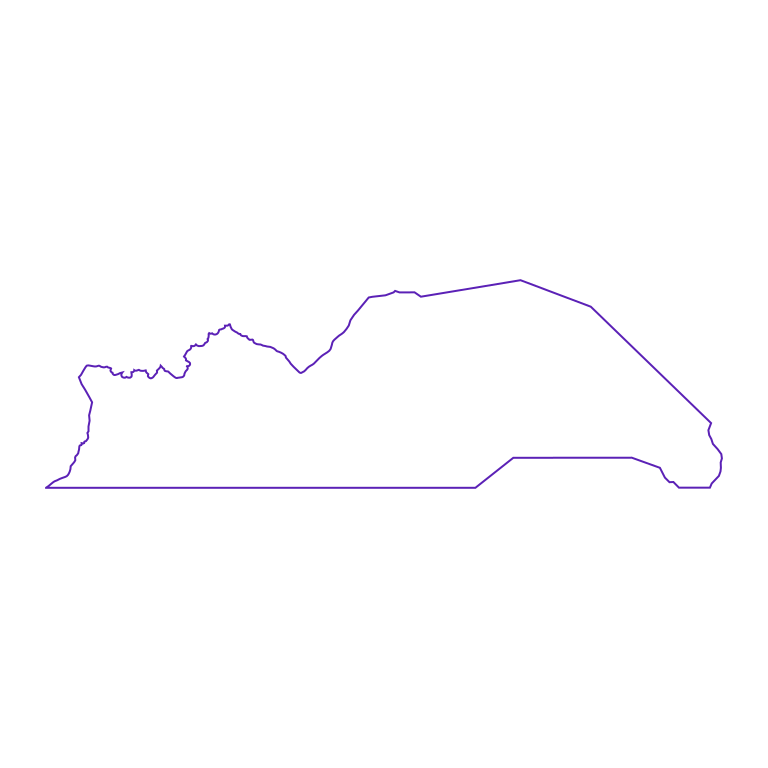 Acurenam, Centro Sur, Equatorial Guinea (Albers equal-area conic projection)
{"feature_id": "11065452B93144755032170", "entity_name": "Acurenam", "entity_type": "district", "adm_level": 2, "iso_a3": "GNQ", "parent_name": "Equatorial Guinea", "parent_adm1": "Centro Sur", "projection": "albers", "projection_center": [10.388, 1.118], "detail": "fine", "context": "isolated", "style": "outline", "palette": "violet", "viewbox_px": 768, "rotation_deg": 0, "n_neighbors": 0, "source": "geoboundaries", "source_scale": "gbopen_adm2", "svg_char_len": 5849}
<svg xmlns="http://www.w3.org/2000/svg" viewBox="0 0 768 768"><path d="M520.5,280.2L420.9,296.7L414.5,292.3L408.3,292.4L399.5,292.4L395.1,290.9L393.6,292.4L385.5,295.3L372.3,296.8L368.7,297.5L357.9,310.6L354.1,314.8L350.4,320.3L348.8,325.5L346.6,328.8L343.9,332.1L343.7,332.2L343.6,332.4L341.7,333.9L339.1,335.6L337.8,336.7L334.3,339.8L333.0,341.3L332.3,342.8L331.9,344.7L330.7,348.7L330.5,349.1L329.4,350.6L329.1,350.9L327.3,352.3L323.2,354.9L321.7,356.0L319.4,358.0L313.9,363.6L312.4,364.7L310.7,365.6L308.8,366.8L307.1,368.3L305.8,369.8L304.1,371.4L303.8,371.5L301.2,372.9L300.8,372.9L300.6,372.9L300.4,372.9L300.2,372.8L300.0,372.7L299.4,372.4L299.2,372.2L293.6,366.8L290.7,363.7L289.3,361.5L286.2,357.9L286.0,357.7L285.8,357.2L285.7,356.2L285.0,355.4L283.2,353.9L281.3,352.8L279.0,351.8L277.3,351.3L276.6,350.9L275.2,349.5L273.6,348.3L270.3,346.9L267.1,346.5L265.2,346.0L262.9,345.6L262.7,345.5L262.6,345.4L260.6,344.5L258.9,344.4L256.8,344.1L256.6,344.0L256.3,343.9L254.4,342.9L254.2,342.7L253.9,342.5L253.8,342.3L253.7,342.1L253.6,341.9L253.0,340.0L252.5,339.6L250.2,339.8L249.7,339.8L249.6,339.7L249.4,339.7L249.2,339.5L249.0,339.4L247.7,338.2L247.2,337.5L246.8,336.3L245.6,336.1L243.2,336.1L242.5,336.0L241.4,335.5L241.2,335.4L240.9,335.1L240.7,335.0L240.6,334.8L240.5,334.6L240.3,334.0L239.2,333.9L238.5,333.7L237.0,332.5L235.3,331.7L232.4,329.8L231.8,329.2L230.6,326.8L229.9,324.4L229.2,324.3L228.5,325.0L228.0,325.4L227.6,325.6L226.9,325.7L225.0,325.7L225.1,326.4L225.0,327.0L224.9,327.2L224.6,327.7L224.1,328.1L223.4,328.5L222.7,328.7L222.3,328.8L221.6,329.2L221.0,329.4L220.0,329.5L219.6,329.7L219.2,329.9L219.1,330.0L219.0,330.6L218.7,331.5L218.4,332.3L218.1,332.8L217.4,333.6L216.8,334.0L215.9,334.4L215.4,334.5L214.4,334.5L213.8,334.4L213.1,334.1L212.7,333.8L212.1,333.3L211.7,333.5L211.1,333.7L210.5,333.7L209.7,333.4L209.2,333.1L208.8,333.7L208.6,334.1L208.7,334.7L208.7,335.7L208.5,337.3L208.4,337.8L207.9,338.6L207.6,339.0L207.8,339.2L208.0,339.8L208.0,340.0L207.9,340.7L207.8,341.0L207.4,341.5L206.9,342.1L206.4,342.4L205.2,342.9L205.1,343.1L204.0,344.7L203.5,345.3L203.0,345.5L202.9,345.6L202.7,345.7L202.0,345.9L201.0,346.0L199.3,346.1L198.8,346.1L198.1,345.9L197.1,345.5L196.5,345.1L196.1,344.5L195.9,344.4L195.5,345.0L194.9,345.6L194.7,345.7L194.6,345.8L194.4,345.9L194.1,346.0L193.8,346.1L192.7,346.1L191.5,345.9L191.2,345.9L191.1,346.0L191.2,347.3L191.0,348.1L190.4,349.1L189.9,349.6L187.5,350.9L187.0,351.5L185.2,354.8L184.2,356.2L184.0,356.6L184.8,357.2L184.9,357.4L185.0,357.5L185.6,358.2L185.9,358.7L186.0,359.3L186.1,360.0L186.0,360.4L188.7,361.9L189.2,362.2L189.8,362.8L190.0,363.2L190.1,364.1L189.9,364.8L189.5,365.4L188.9,365.9L188.2,366.1L187.4,366.2L186.8,366.0L186.3,365.8L187.0,366.3L187.4,366.7L187.5,366.9L187.6,367.5L187.7,368.3L187.7,368.5L187.6,368.9L187.5,369.1L187.4,369.3L187.3,369.5L186.9,370.0L186.2,370.7L185.8,371.1L185.0,372.5L184.4,374.0L184.3,375.0L184.1,375.5L183.7,376.1L183.3,376.5L182.8,376.9L182.0,377.2L178.6,377.7L177.7,377.8L177.2,378.0L176.5,378.0L175.8,377.8L175.6,377.7L175.4,377.6L173.7,376.4L170.1,373.4L168.3,371.6L168.0,371.5L167.4,371.4L166.5,371.3L165.6,371.1L165.0,370.9L164.8,370.8L164.5,370.2L164.3,369.9L164.2,369.3L164.2,369.1L163.7,368.6L162.8,368.1L162.3,367.5L162.1,367.2L161.4,366.4L160.7,365.7L160.6,366.3L160.1,367.3L159.8,367.7L159.2,368.4L158.3,369.3L157.3,370.2L156.9,370.6L157.0,371.4L157.1,372.0L157.0,372.6L156.9,372.8L156.5,373.3L156.2,373.5L154.6,375.3L153.4,376.9L152.9,377.4L151.7,378.1L151.3,378.2L151.1,378.2L150.9,378.3L150.7,378.3L150.0,378.1L149.4,377.8L148.8,377.3L148.3,376.8L147.9,376.1L148.0,375.3L148.3,374.2L147.9,373.8L146.5,372.6L146.1,372.0L145.9,371.2L145.7,370.4L143.9,370.8L142.6,370.9L141.3,370.8L141.1,370.8L140.9,370.8L140.0,370.5L139.8,370.4L139.6,370.3L139.0,369.9L138.6,369.9L137.0,370.5L136.8,370.5L136.6,370.6L135.8,370.7L135.0,370.6L134.6,370.4L134.3,370.2L134.3,370.6L134.2,370.8L133.9,371.3L133.4,371.8L133.2,371.9L133.1,372.0L132.8,372.1L132.6,372.2L131.4,372.2L131.4,372.8L131.6,373.8L131.7,374.5L131.7,375.5L131.6,376.2L131.4,376.7L130.8,377.2L130.2,377.6L129.6,377.7L128.9,377.7L127.8,377.5L127.2,377.3L126.5,376.9L126.2,377.1L125.8,377.3L125.3,377.6L124.5,377.7L123.6,377.6L123.1,377.4L122.4,377.1L121.9,376.6L121.5,375.7L121.3,374.9L121.4,374.4L121.6,373.8L122.0,372.9L122.3,372.5L120.0,373.1L118.1,374.1L115.9,374.8L115.1,375.0L114.3,375.0L113.6,374.7L112.8,373.9L112.6,373.4L112.5,372.7L112.0,372.5L111.8,372.4L111.6,372.3L111.5,372.2L111.3,372.0L110.8,371.4L110.5,370.7L110.6,369.9L111.1,368.5L110.8,368.2L108.4,367.5L107.8,367.3L107.1,366.7L106.9,366.7L106.0,366.8L105.0,367.2L104.4,367.3L103.2,367.3L103.0,367.2L102.8,367.2L101.1,366.8L101.0,366.7L100.8,366.6L99.4,365.8L98.9,365.7L98.4,365.8L96.7,366.3L96.4,366.4L96.2,366.4L95.0,366.5L93.5,366.3L89.7,365.6L88.2,365.4L87.1,365.6L86.7,365.7L86.1,366.4L85.3,367.5L83.3,370.8L81.0,374.9L80.9,375.0L78.9,377.2L81.6,384.1L85.1,389.7L89.3,397.1L92.1,402.3L90.3,410.6L89.1,415.3L89.6,420.7L88.5,426.5L88.5,431.3L87.4,433.0L87.7,433.9L88.0,435.3L88.2,437.6L87.8,438.7L87.2,439.6L86.3,440.7L86.1,441.0L85.6,441.3L84.9,441.4L84.4,441.7L84.2,442.2L84.1,443.1L82.9,443.6L82.2,443.2L81.6,443.1L81.7,444.2L81.3,445.1L80.6,445.2L79.7,445.6L79.3,446.7L79.2,448.0L79.0,449.8L78.5,451.6L78.2,453.3L76.8,455.2L75.7,456.1L75.1,457.4L75.3,460.2L74.5,461.7L73.4,463.1L70.7,466.2L70.4,469.2L69.7,471.6L68.9,473.4L68.0,474.9L66.7,476.2L65.0,477.0L62.1,478.0L59.8,478.9L57.1,480.3L54.6,481.3L53.2,482.2L51.2,483.8L48.5,486.1L46.1,487.7L46.1,487.8L475.4,487.8L513.3,457.8L631.8,457.7L659.9,467.8L664.9,477.6L669.5,482.2L673.4,482.0L679.0,487.7L709.9,487.7L711.7,483.5L718.9,475.9L720.5,471.4L720.9,467.9L720.7,462.5L721.9,458.4L721.3,454.1L717.6,449.1L712.9,443.9L711.3,439.0L709.2,435.1L708.4,430.2L711.1,423.1L590.8,306.7L520.5,280.2Z" fill="none" stroke="#5b21b6" stroke-width="2"/></svg>